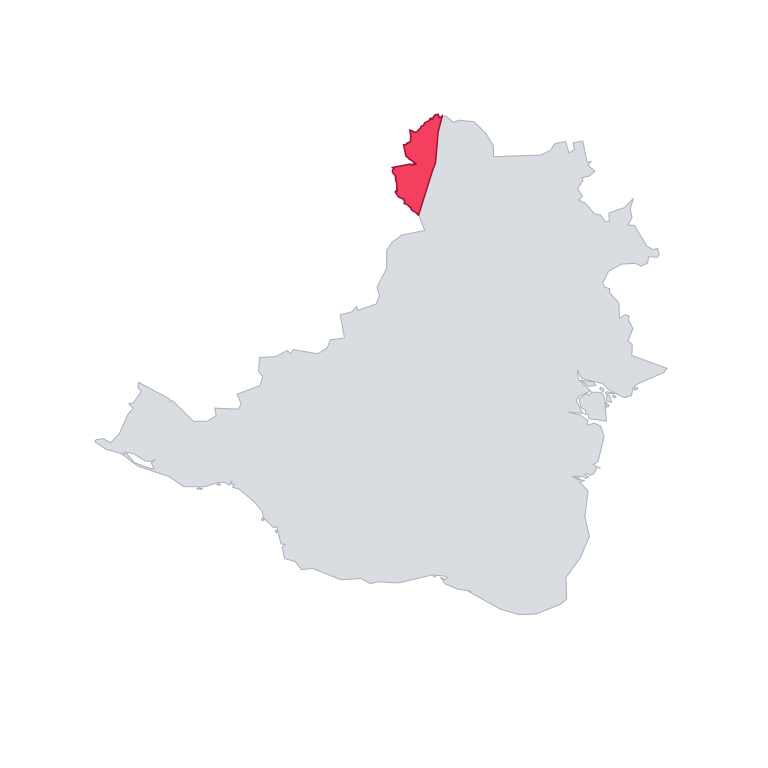 location of Acre within Brazil, rotated 79°
{"feature_id": "BRA-576", "entity_name": "Acre", "entity_type": "State", "adm_level": 1, "iso_a3": "BRA", "parent_name": "Brazil", "parent_adm1": "", "projection": "natural_earth1", "projection_center": [-70.836, -9.13], "detail": "fine", "context": "in_parent", "style": "filled", "palette": "rose", "viewbox_px": 768, "rotation_deg": 79, "n_neighbors": 0, "source": "natural_earth", "source_scale": "10m", "svg_char_len": 7886}
<svg xmlns="http://www.w3.org/2000/svg" viewBox="0 0 768 768"><g transform="rotate(79 384 384)"><path d="M222.1,149.8L229.0,156.7L237.7,153.4L240.4,157.8L245.2,151.6L256.9,145.2L259.5,139.1L267.0,135.8L267.5,131.9L259.0,130.5L256.7,114.2L249.3,103.8L259.3,109.0L268.1,108.8L274.4,114.1L276.3,107.7L298.5,99.9L303.4,94.5L303.1,89.6L309.7,89.3L311.7,91.6L309.6,99.9L315.5,102.2L317.5,109.0L313.5,114.2L311.7,127.7L316.0,141.9L326.5,150.1L331.1,148.9L333.3,144.3L337.3,145.3L349.2,137.9L364.3,140.3L362.0,134.2L364.3,130.3L367.3,132.0L377.1,129.1L388.1,136.3L392.9,132.8L403.3,135.3L422.7,103.2L425.9,106.6L432.6,136.1L436.0,140.7L442.5,143.2L443.3,150.7L432.2,164.9L425.3,169.5L416.2,188.9L407.3,191.6L416.6,192.2L430.3,182.4L433.0,194.8L436.7,198.6L450.9,194.4L446.7,208.3L452.2,197.1L458.8,190.7L462.0,192.6L463.5,190.6L462.2,185.5L466.6,179.4L477.6,178.0L501.1,188.7L502.8,194.1L506.1,190.4L511.6,194.6L513.1,199.2L510.2,202.4L511.5,204.0L514.4,200.9L515.1,203.9L512.4,207.0L510.6,216.6L514.3,212.6L517.1,205.5L517.5,210.6L528.2,204.1L552.9,212.2L572.6,211.4L591.9,224.3L608.6,242.3L629.7,245.6L633.7,252.2L638.8,278.1L636.3,295.0L627.7,312.1L604.1,340.2L604.1,337.9L599.5,350.7L592.0,362.0L588.6,363.7L586.3,358.7L584.1,361.2L580.6,373.2L582.0,407.6L577.0,427.5L577.3,435.5L570.5,443.8L567.9,463.7L551.6,489.0L550.4,500.5L541.2,505.2L536.4,514.9L524.8,515.2L522.5,511.5L521.4,515.6L503.4,516.5L504.0,519.8L492.3,527.9L485.9,527.8L474.2,534.4L459.4,546.6L456.4,552.3L454.0,550.2L453.0,552.7L449.8,551.6L453.8,555.1L450.3,558.8L448.9,565.3L450.7,579.4L446.5,600.3L434.1,612.3L417.9,641.0L403.4,654.0L403.3,649.7L413.4,644.3L422.8,628.6L423.2,625.8L417.3,627.5L414.2,622.5L415.7,627.5L413.8,633.3L404.8,642.9L401.7,650.5L402.3,654.8L395.0,669.5L385.7,678.7L383.8,677.4L384.1,670.0L389.5,663.5L382.1,653.1L365.1,641.3L360.0,634.8L354.9,638.3L354.6,633.7L345.1,623.6L340.3,626.2L335.4,624.8L357.8,597.2L360.4,597.4L360.0,594.7L384.3,578.2L386.9,564.6L383.0,554.8L375.4,554.8L380.9,531.6L376.1,528.0L366.0,530.1L361.9,505.9L353.7,501.7L347.4,504.6L334.1,501.2L336.5,485.3L332.6,472.7L336.4,469.9L333.0,466.4L341.7,443.2L337.5,432.6L330.4,428.4L331.3,414.0L307.7,413.8L307.0,401.8L302.7,396.0L306.7,395.9L303.9,376.3L296.6,371.7L287.4,372.3L271.0,359.3L253.5,355.9L246.2,348.9L241.1,337.9L241.1,314.7L225.8,317.5L199.2,335.8L191.4,333.5L173.0,334.3L174.4,310.6L165.3,318.5L153.1,319.1L150.5,311.7L139.7,310.2L142.8,303.8L129.4,282.2L133.0,278.4L132.5,272.4L140.6,265.7L139.3,260.2L143.8,245.5L157.4,236.2L171.0,231.2L181.8,233.1L189.2,186.3L186.2,175.9L180.5,170.3L180.7,159.5L192.5,158.3L190.4,152.4L183.4,152.3L183.4,142.5L205.2,142.3L205.0,138.3L208.3,141.9L215.3,136.4L219.0,142.6L219.4,150.4L222.1,149.8ZM438.8,170.0L462.9,172.7L457.2,189.2L452.8,189.5L452.0,192.4L448.4,191.0L444.5,195.2L435.4,195.2L432.1,186.9L434.5,184.9L431.6,181.9L433.6,172.4L438.8,170.0ZM418.1,189.9L421.9,178.0L425.7,176.4L425.4,183.7L418.1,189.9ZM445.4,164.2L443.1,168.6L437.6,167.6L438.5,164.8L445.4,164.2ZM437.1,159.4L436.2,168.4L433.9,167.4L437.1,159.4ZM449.3,169.9L445.8,170.4L444.2,169.7L448.5,167.0L449.3,169.9ZM433.5,170.2L429.9,173.2L428.5,171.7L431.0,169.0L433.5,170.2ZM440.0,162.3L438.3,160.5L441.2,158.6L441.5,160.4L440.0,162.3ZM438.1,139.0L436.0,139.5L435.6,136.2L437.5,136.0L438.1,139.0ZM451.1,588.0L450.6,585.1L452.3,582.4L452.7,583.2L451.1,588.0ZM494.4,526.7L494.8,530.0L492.4,529.3L494.4,526.7ZM450.9,567.3L450.0,565.6L451.6,563.8L452.1,564.5L450.9,567.3ZM513.8,210.6L512.2,214.0L513.8,209.2L513.8,210.6ZM587.2,364.2L584.8,365.2L586.4,362.5L587.2,364.2ZM509.7,517.8L507.3,518.9L506.8,518.3L508.4,516.8L509.7,517.8ZM583.1,370.4L582.1,372.2L581.6,371.1L583.1,370.4ZM507.4,187.4L507.5,189.2L506.8,188.9L507.4,187.4Z" fill="#d9dde1" stroke="#a8b0b8" stroke-width="1"/><path d="M186.8,333.4L186.6,333.4L185.0,333.6L184.6,333.5L184.1,333.1L183.9,333.0L183.5,333.0L183.0,333.1L182.7,333.0L181.9,332.9L178.8,334.8L178.3,335.0L177.6,335.1L176.9,335.2L176.3,335.0L175.7,334.7L175.4,334.3L174.8,333.6L174.4,333.2L174.2,333.3L173.1,334.3L173.1,333.1L173.1,331.2L173.1,329.2L173.1,327.3L173.1,325.4L173.1,323.5L173.1,321.6L173.1,319.6L173.1,318.4L173.1,317.7L173.1,316.8L173.2,316.2L173.3,316.0L173.4,315.9L173.5,315.8L173.7,315.7L173.9,315.8L174.0,315.7L174.1,315.4L174.2,315.2L174.3,314.9L174.4,314.6L174.3,314.3L174.1,314.1L173.7,313.8L173.6,313.5L173.5,313.3L173.4,312.8L173.3,312.5L173.7,312.5L173.8,312.5L174.1,312.5L173.9,312.1L173.9,311.9L174.0,311.8L174.2,311.7L174.3,311.4L174.4,311.2L174.6,310.7L174.0,310.5L173.8,310.6L173.5,310.7L173.2,311.0L172.8,311.6L172.5,311.9L171.7,312.5L171.4,312.7L170.9,313.3L170.7,313.5L170.0,313.9L169.8,314.2L169.4,314.8L169.3,315.0L169.0,315.2L168.8,315.3L168.7,315.5L168.5,315.9L168.4,316.1L168.2,316.3L167.4,316.5L166.5,317.0L166.3,317.2L166.2,317.5L166.0,317.8L165.9,318.1L165.2,318.4L164.8,318.8L164.5,318.9L164.3,319.0L164.2,318.9L164.0,318.7L163.8,318.8L163.7,318.8L163.7,319.0L163.3,319.1L162.8,319.1L160.5,319.1L158.2,319.1L155.9,319.1L153.6,319.1L152.9,319.1L153.0,318.8L153.1,318.5L153.0,318.3L153.1,318.0L153.1,317.8L153.3,317.5L153.4,317.3L153.3,317.2L153.2,316.9L153.2,316.7L152.9,316.1L152.0,315.5L151.8,314.9L152.0,314.3L152.0,314.0L152.0,313.8L151.6,313.3L151.5,313.0L151.5,312.7L151.5,312.3L151.5,312.1L151.4,312.0L151.2,312.0L150.7,311.8L150.4,311.4L150.1,311.3L149.9,311.2L149.1,311.3L148.5,311.2L148.2,311.1L147.7,310.8L147.2,310.6L146.9,310.6L146.7,310.7L144.9,310.2L139.7,310.1L139.9,309.6L140.6,308.8L140.9,308.4L141.1,307.9L141.3,307.6L141.6,307.5L141.8,307.4L142.0,307.3L142.1,307.1L142.1,306.7L142.7,306.2L142.8,306.0L142.9,305.7L143.0,305.2L142.8,304.0L142.8,303.7L142.4,303.1L142.2,302.9L141.7,302.5L141.6,302.3L140.5,300.7L140.3,300.0L140.2,299.7L139.9,299.5L139.7,299.3L138.9,299.1L138.7,299.0L138.4,298.7L137.9,297.9L137.8,297.6L137.8,297.4L137.9,296.7L137.9,296.4L137.8,296.1L137.6,295.9L137.2,295.8L137.1,295.7L136.8,295.3L136.6,295.1L135.6,294.5L135.4,294.3L135.3,294.0L135.3,293.4L135.1,293.0L134.8,292.4L134.6,292.1L134.6,291.8L134.6,291.2L134.6,290.9L134.5,290.6L134.1,289.9L134.0,289.6L133.7,289.1L133.3,288.8L132.7,288.5L132.3,288.2L132.2,288.0L132.1,287.2L132.3,287.0L132.7,287.2L133.1,286.8L133.3,286.3L133.2,285.7L132.8,285.3L132.3,285.1L131.9,284.9L131.5,284.7L129.8,282.6L129.3,282.2L129.2,282.0L129.6,281.8L129.8,281.7L130.0,281.4L130.0,281.0L130.1,280.8L130.1,280.6L130.1,280.2L129.7,279.4L129.6,279.2L129.9,279.2L130.4,279.4L130.7,279.4L131.0,279.3L131.4,279.0L131.7,278.9L132.0,278.8L132.5,278.9L132.8,278.8L133.0,278.7L133.1,278.4L133.1,278.1L133.0,277.8L132.9,277.2L132.0,275.7L131.9,275.6L132.1,275.6L146.8,282.7L176.6,291.2L183.9,295.7L222.5,316.6L224.8,317.8L224.8,318.1L224.7,318.2L224.6,318.3L223.5,318.8L223.3,318.9L221.5,320.4L219.4,322.9L218.8,323.3L218.7,323.3L218.4,323.4L218.2,323.5L218.0,323.9L217.9,324.0L217.7,324.0L217.1,323.8L216.9,323.8L216.4,323.8L216.1,323.9L215.9,324.0L215.9,324.4L215.9,324.6L215.7,324.7L215.0,324.8L214.8,324.8L214.7,324.9L214.7,325.0L214.6,325.3L214.4,325.6L214.2,325.9L213.9,326.1L213.4,326.3L212.9,326.5L212.7,326.6L212.5,326.8L212.3,327.0L212.1,327.5L211.9,327.7L211.5,328.1L211.4,328.3L211.2,328.7L211.1,329.3L210.9,329.7L210.5,329.8L210.2,329.7L209.7,329.2L209.3,329.0L209.1,329.0L207.5,329.1L207.2,329.0L206.9,329.0L206.7,329.1L206.3,329.3L206.0,329.6L205.8,329.8L205.4,330.8L204.6,331.7L204.5,332.0L204.1,332.9L203.9,333.2L203.7,333.5L203.5,333.8L203.2,334.0L202.4,334.2L202.1,334.4L201.7,334.8L201.3,334.8L201.1,334.8L200.9,334.9L200.3,335.1L199.7,335.6L199.3,335.8L197.4,336.3L197.2,336.3L197.1,336.2L197.0,335.4L197.1,335.0L197.2,334.7L197.5,334.3L197.2,334.2L196.9,334.1L196.5,334.1L196.1,334.3L195.8,334.4L195.5,334.3L194.9,334.1L194.6,334.2L194.4,334.2L193.4,333.7L193.2,333.6L192.7,333.7L192.3,333.6L191.3,333.4L190.5,333.5L190.1,333.4L189.6,333.2L189.2,333.2L188.3,333.4L187.8,333.5L186.8,333.4Z" fill="#f43f5e" stroke="#9f1239" stroke-width="1.5"/></g></svg>